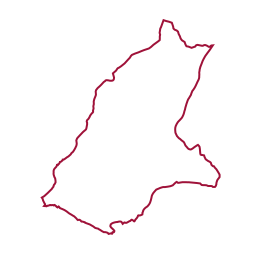 the district of La, Oudômxai, Laos, rotated 264°
{"feature_id": "54806243B9832797211716", "entity_name": "La", "entity_type": "district", "adm_level": 2, "iso_a3": "LAO", "parent_name": "Laos", "parent_adm1": "Oudômxai", "projection": "albers", "projection_center": [102.094, 20.932], "detail": "fine", "context": "isolated", "style": "outline", "palette": "rose", "viewbox_px": 256, "rotation_deg": 264, "n_neighbors": 0, "source": "geoboundaries", "source_scale": "gbopen_adm2", "svg_char_len": 5679}
<svg xmlns="http://www.w3.org/2000/svg" viewBox="0 0 256 256"><g transform="rotate(264 128 128)"><path d="M59.2,36.4L58.9,37.7L59.0,38.5L58.7,38.9L59.0,39.4L59.0,39.8L59.2,40.4L59.1,40.9L59.3,41.5L59.5,41.9L59.5,43.0L59.2,43.4L59.3,44.2L59.2,45.3L59.0,45.6L58.8,45.9L59.2,46.7L59.1,47.1L58.4,47.5L58.0,48.2L57.6,48.4L57.4,48.7L57.0,48.8L56.7,49.2L56.4,49.5L56.7,50.0L56.9,50.3L57.2,50.8L56.9,51.1L56.3,51.2L56.0,51.7L55.5,51.9L54.1,54.5L53.0,56.3L51.5,58.2L49.2,60.6L47.6,62.8L46.7,63.9L45.8,65.2L44.4,66.4L43.6,67.1L42.2,68.0L41.7,68.5L41.8,69.1L41.9,69.7L41.7,70.3L41.1,71.1L40.1,71.7L39.8,72.0L39.8,72.4L39.6,73.3L39.3,73.8L38.8,75.2L38.3,75.4L37.5,77.0L36.1,79.9L33.7,83.2L32.0,85.0L30.9,88.0L30.3,88.5L29.5,89.7L28.0,91.5L26.9,93.2L26.9,94.0L26.7,94.9L26.1,96.4L25.6,97.1L24.8,97.5L24.7,97.6L25.0,100.2L25.0,100.3L24.6,100.8L24.5,101.0L24.8,101.3L25.1,101.2L25.3,101.2L26.0,101.8L26.0,102.1L25.8,102.6L25.9,103.1L26.3,103.4L26.7,103.5L27.0,103.7L28.0,103.2L29.6,101.9L29.9,101.6L30.5,101.1L31.0,100.7L32.0,100.2L32.5,100.2L33.5,100.6L34.0,100.8L34.9,102.3L35.3,103.6L35.6,105.5L35.7,107.8L35.6,108.0L35.8,108.5L35.9,109.5L35.8,110.6L35.6,111.2L35.4,111.5L34.8,112.0L34.6,112.1L33.6,112.5L33.2,112.7L33.6,113.3L33.9,113.8L34.3,114.2L34.3,114.4L34.4,114.8L34.2,115.1L33.9,115.9L33.9,116.3L33.9,116.7L34.2,117.4L34.4,117.9L34.6,118.4L35.1,119.5L35.3,120.2L35.3,120.4L35.6,120.9L36.3,121.7L36.4,121.9L36.3,122.3L36.2,122.5L35.5,123.4L35.3,123.7L35.2,123.9L34.9,124.0L34.7,124.1L34.5,124.4L34.6,124.6L34.7,124.8L34.9,125.0L35.2,125.2L35.7,125.5L36.1,125.8L36.5,126.2L36.9,126.7L38.0,127.8L38.4,128.1L39.0,128.4L39.2,128.6L39.5,128.7L39.8,128.8L40.0,129.1L40.0,129.3L40.0,129.7L39.8,130.2L39.8,130.9L39.9,131.3L40.0,131.8L40.1,132.1L40.5,132.9L40.5,133.2L40.7,133.3L41.0,133.4L41.5,133.5L42.0,133.5L42.4,133.6L42.8,133.9L43.5,134.3L43.8,134.3L44.5,134.6L45.8,135.7L46.9,137.1L48.0,139.1L49.7,140.9L51.4,142.1L53.6,143.1L56.1,144.0L58.0,144.6L59.1,145.2L60.5,146.2L61.9,147.6L63.1,148.9L63.8,149.7L64.3,151.4L64.6,152.4L65.0,153.6L65.4,155.5L65.6,156.8L65.4,158.7L65.5,161.4L65.7,164.1L66.3,166.5L68.1,168.8L68.9,169.9L69.3,170.8L68.3,171.9L68.2,172.9L68.3,174.2L68.4,176.3L68.1,179.4L67.6,183.2L66.1,190.7L65.3,194.0L63.7,195.2L63.4,196.3L63.1,198.7L62.8,200.2L62.0,201.5L61.8,203.0L61.5,205.3L60.5,206.3L60.3,208.3L61.3,209.3L62.8,210.0L63.7,210.1L64.7,210.4L66.7,211.3L68.0,212.4L69.5,213.9L70.7,214.1L72.1,214.2L74.2,213.3L77.7,211.6L79.4,210.3L81.0,209.4L81.2,208.4L82.6,207.2L84.9,206.7L85.8,205.8L86.9,204.1L88.8,202.0L91.2,201.1L92.8,200.8L93.5,198.7L93.5,198.1L94.0,197.4L95.2,197.2L99.7,197.3L101.7,197.2L102.6,196.8L103.9,195.8L103.5,194.8L102.8,193.5L102.5,192.9L101.9,191.8L101.0,190.4L100.5,189.4L100.1,188.3L100.2,187.5L100.7,186.3L101.5,185.4L102.5,184.8L104.6,183.3L106.2,182.8L107.9,182.2L108.9,181.3L109.3,180.9L110.0,180.1L111.7,178.6L112.0,178.2L112.5,177.6L113.7,176.7L115.0,175.8L116.8,175.2L118.3,174.7L120.3,174.7L121.9,174.8L123.5,175.1L125.0,175.7L126.8,176.8L128.4,178.0L129.2,178.8L130.1,179.9L131.5,181.5L132.2,182.3L133.0,183.0L134.4,183.9L135.6,184.6L137.2,185.3L138.9,185.9L140.4,186.6L142.3,187.2L144.4,188.1L145.7,188.6L149.1,190.2L150.3,190.9L151.6,192.0L153.0,193.0L154.1,193.9L155.0,194.3L156.1,194.8L158.3,196.0L158.9,196.7L160.7,198.2L162.1,199.2L163.2,199.9L165.4,201.2L167.1,202.2L168.1,202.9L169.6,203.7L170.8,204.1L172.4,204.3L173.5,204.5L174.5,204.6L175.2,204.6L176.0,204.7L177.3,205.1L178.3,205.3L179.3,205.6L180.0,205.9L181.1,206.3L184.4,208.0L186.6,209.1L187.3,209.5L188.7,210.4L190.3,211.5L191.8,212.6L193.3,214.0L193.9,214.5L196.9,217.3L201.3,221.0L201.3,220.9L201.4,220.1L201.2,219.2L200.5,218.2L200.2,217.4L200.3,216.8L201.7,215.0L202.4,213.6L202.5,212.6L202.3,211.9L202.0,211.2L202.0,210.3L203.2,206.5L203.4,205.8L203.3,205.0L203.0,204.2L202.0,203.4L201.1,199.6L202.6,196.7L203.2,194.7L205.0,193.9L207.6,193.3L209.6,190.8L211.5,189.7L213.8,189.2L216.3,188.2L218.6,187.8L219.9,186.6L220.9,184.7L222.2,183.6L224.2,183.5L228.1,182.6L229.4,179.9L230.4,177.1L231.5,174.6L224.9,171.4L223.5,170.5L219.4,169.4L219.2,169.4L217.4,169.7L216.8,169.5L215.9,169.2L213.0,168.9L212.1,168.7L211.1,167.2L208.8,163.2L208.1,162.0L206.2,159.4L204.9,157.1L204.2,153.9L203.8,152.1L203.1,149.5L202.1,146.2L201.3,142.8L200.3,139.6L199.3,138.4L197.7,137.2L196.0,135.2L192.6,131.4L190.1,127.5L188.9,125.2L188.6,124.2L188.4,123.9L188.0,123.5L186.3,122.1L183.9,118.7L179.6,119.4L178.0,119.0L177.2,118.4L176.8,117.7L176.7,116.6L176.9,115.0L177.4,113.6L177.7,112.2L177.8,111.4L177.6,110.6L177.1,110.2L176.3,108.7L173.9,106.0L172.4,104.1L170.9,102.0L169.0,100.2L167.7,99.7L164.6,99.6L163.7,99.3L162.9,98.9L160.5,97.6L159.2,97.1L158.0,96.7L155.3,96.5L153.3,95.8L151.0,95.8L148.9,95.0L147.7,95.0L147.0,94.5L146.3,93.5L144.8,92.1L144.2,91.6L143.3,91.1L143.2,91.1L141.7,90.0L141.0,89.4L140.6,88.8L140.1,88.2L139.7,87.9L138.6,87.6L137.7,87.9L137.1,87.8L136.2,87.8L132.1,86.6L131.2,86.2L130.6,85.6L129.6,84.1L128.7,82.8L125.7,79.3L123.5,76.8L122.8,76.2L121.1,75.3L118.1,75.4L117.4,75.3L115.8,74.8L113.3,73.3L111.1,71.7L109.8,70.5L109.0,69.2L107.7,68.2L105.9,65.7L105.4,64.5L103.5,61.3L103.4,59.8L102.8,59.7L102.6,59.5L102.5,59.2L102.3,58.8L101.9,58.5L101.7,58.2L101.5,57.7L101.3,57.1L101.3,56.7L100.5,56.4L100.1,56.0L99.7,55.8L99.5,55.5L99.2,54.9L99.1,54.5L98.6,54.5L98.4,54.3L98.5,53.9L98.6,53.5L98.2,53.4L96.9,52.6L95.8,51.3L94.8,50.3L93.9,49.8L93.0,49.5L91.6,49.4L90.5,49.2L89.3,49.2L86.9,49.7L85.5,50.3L83.5,50.4L81.6,50.3L80.1,49.4L79.4,48.6L78.6,48.1L77.4,47.7L76.4,46.7L75.3,45.8L71.7,41.3L69.0,37.6L68.2,35.9L67.8,35.0L66.5,35.7L64.7,36.0L61.5,37.2L60.9,37.6L60.3,37.4L60.0,37.3L59.7,36.9L59.2,36.4Z" fill="none" stroke="#9f1239" stroke-width="2"/></g></svg>